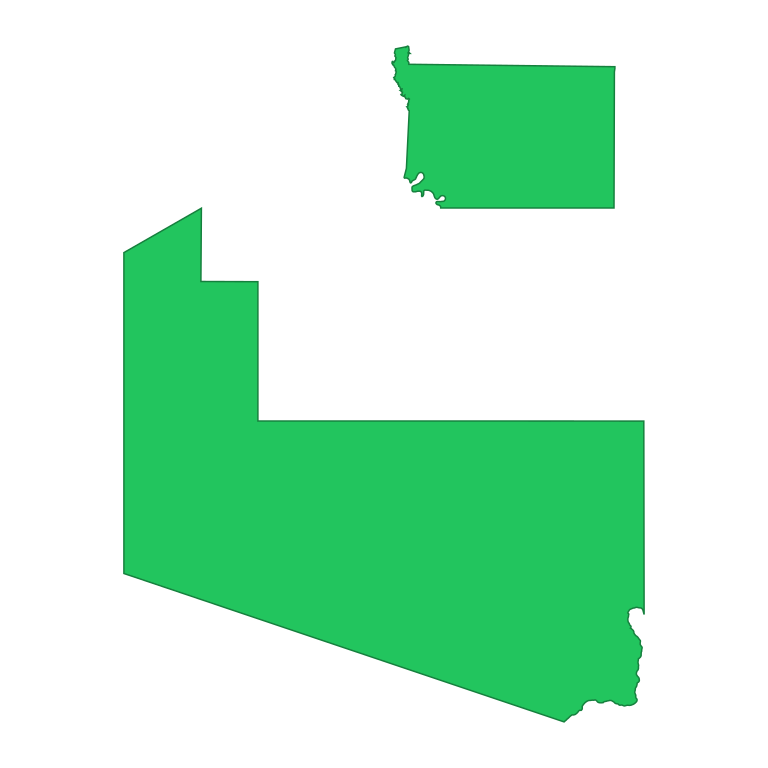 outline of Telefomin District, Sandaun, Papua New Guinea
{"feature_id": "67681753B11623984799605", "entity_name": "Telefomin District", "entity_type": "district", "adm_level": 2, "iso_a3": "PNG", "parent_name": "Papua New Guinea", "parent_adm1": "Sandaun", "projection": "mercator", "projection_center": [141.969, -4.517], "detail": "fine", "context": "isolated", "style": "filled", "palette": "green", "viewbox_px": 768, "rotation_deg": 0, "n_neighbors": 0, "source": "geoboundaries", "source_scale": "gbopen_adm2", "svg_char_len": 5910}
<svg xmlns="http://www.w3.org/2000/svg" viewBox="0 0 768 768"><path d="M257.9,281.7L200.9,281.5L201.4,208.2L123.9,252.6L123.9,573.5L564.1,721.9L565.5,720.6L565.8,720.4L566.3,720.0L567.3,718.9L567.7,718.7L568.2,718.2L568.6,717.9L570.1,716.3L570.5,716.1L570.9,715.7L572.0,714.9L573.7,714.9L575.1,714.5L576.0,713.9L577.3,712.8L577.9,712.1L578.6,711.1L579.4,710.4L579.6,710.3L580.2,710.3L581.0,710.4L581.4,710.2L581.9,709.6L581.9,709.4L582.1,709.2L582.3,708.2L582.2,706.4L582.8,705.4L583.4,704.5L585.3,702.4L587.6,700.9L588.8,700.5L590.7,700.4L591.7,700.2L592.9,700.1L593.0,700.2L593.9,700.2L594.4,700.1L594.8,699.9L595.3,699.9L596.2,700.4L596.8,701.0L597.6,702.0L598.0,702.2L598.5,702.5L600.0,702.8L602.0,702.8L602.5,702.6L603.0,702.7L603.2,702.4L603.4,702.3L603.8,702.0L604.2,701.7L604.9,701.5L605.9,701.4L606.3,701.2L606.6,701.2L607.0,701.0L609.2,700.6L609.5,700.4L611.3,700.5L613.6,701.8L614.4,702.5L614.9,703.1L615.6,703.5L616.8,703.8L617.6,703.8L618.0,704.0L619.0,704.9L619.7,705.2L620.9,705.1L621.9,705.0L623.7,705.8L624.1,705.9L624.8,705.9L626.9,705.3L627.5,705.2L629.4,705.4L630.9,705.2L631.3,705.0L631.7,705.0L632.3,704.6L633.1,704.4L634.3,703.7L635.2,703.0L636.6,701.6L636.9,700.9L637.0,700.4L637.1,699.9L636.9,699.1L636.5,698.5L636.1,698.1L635.8,697.5L635.7,697.1L635.7,695.9L635.8,695.9L635.8,695.3L635.7,694.9L634.9,693.2L634.8,692.7L634.8,691.9L634.9,691.3L635.1,690.7L635.3,689.5L635.3,688.6L635.6,687.8L636.3,686.8L636.3,686.7L636.5,686.5L636.7,685.8L637.0,684.6L637.1,683.5L637.3,682.9L637.8,682.5L638.4,682.2L638.7,681.8L639.1,681.3L639.2,680.8L639.4,680.1L639.2,679.7L639.2,678.8L638.9,678.0L638.7,677.5L637.4,676.1L636.5,674.6L636.4,674.4L636.4,672.8L636.6,672.5L636.6,671.9L637.0,671.2L638.0,669.9L638.2,669.4L638.5,668.2L638.5,667.9L638.4,667.8L638.4,666.4L638.6,666.0L638.6,665.2L638.5,664.7L638.2,663.8L638.2,663.5L638.0,662.9L638.1,661.1L638.4,659.7L638.3,659.0L638.4,658.8L638.7,658.5L639.0,658.3L639.3,658.2L640.0,657.5L640.5,657.0L641.1,655.8L641.2,652.9L641.4,651.8L641.6,651.5L641.7,650.8L641.7,649.8L642.1,648.0L642.1,647.4L642.0,647.1L641.6,646.5L640.9,645.7L640.2,644.4L640.2,642.6L640.4,641.8L640.4,640.8L640.2,640.3L639.7,639.9L638.6,638.3L638.3,637.9L637.8,637.2L637.1,636.5L636.0,635.8L635.0,634.8L634.9,634.5L634.3,633.8L633.9,632.9L633.8,631.8L633.7,631.6L633.7,631.3L633.5,630.9L633.0,630.2L631.4,628.7L630.4,628.2L630.9,627.4L631.0,626.8L631.0,626.4L630.7,625.8L630.0,625.3L629.4,624.2L629.4,623.9L629.2,623.6L629.2,623.3L628.5,622.6L628.1,621.6L627.9,620.5L627.8,618.9L628.0,617.9L628.5,616.3L628.5,615.6L628.6,615.2L628.8,614.4L628.7,614.1L628.7,613.8L628.4,613.5L628.0,613.4L627.9,613.1L627.9,612.3L628.5,611.5L629.3,610.1L629.8,609.5L630.5,609.2L633.1,608.1L634.7,607.9L635.8,607.4L636.5,607.3L637.4,607.4L638.9,607.8L640.6,607.9L641.6,608.3L642.2,608.9L642.8,609.8L644.1,614.5L643.8,421.1L505.6,421.0L257.9,421.0L257.9,281.7ZM406.0,46.8L395.5,48.9L394.5,52.6L394.5,53.2L394.9,53.7L395.3,54.3L395.4,55.0L395.0,55.6L394.9,56.0L395.1,56.5L395.5,56.8L396.0,57.8L395.7,58.9L395.6,60.1L395.2,60.8L394.9,61.0L394.6,61.0L394.4,61.3L394.2,62.3L393.9,62.6L393.3,62.7L393.0,62.4L392.9,62.0L392.7,61.4L392.3,61.5L392.1,62.1L392.0,62.9L392.1,63.6L392.6,64.3L393.1,65.1L393.6,65.1L393.8,65.4L394.2,66.5L394.5,67.2L394.9,67.6L395.4,68.1L395.7,68.6L395.6,68.8L395.7,69.3L395.9,69.8L395.5,70.3L395.5,70.9L396.0,71.2L396.2,71.6L396.2,72.0L396.1,72.4L395.8,73.2L395.8,73.6L395.7,74.1L395.2,74.6L395.2,74.9L395.3,75.3L395.3,75.8L395.2,76.4L394.9,76.7L393.9,77.4L393.7,77.7L394.0,78.0L394.6,78.4L394.7,78.7L394.4,79.1L394.3,79.5L394.7,79.6L395.4,80.1L396.1,81.4L396.4,81.8L397.2,82.7L398.0,82.5L398.2,83.0L397.9,84.1L398.4,84.3L398.9,85.1L398.6,85.7L398.8,86.3L399.4,86.4L399.9,87.1L400.8,89.4L401.4,89.0L402.0,88.9L401.7,90.2L401.0,90.1L400.2,90.4L400.9,90.9L401.6,91.7L402.5,92.2L402.1,93.1L402.1,94.3L401.0,94.5L401.4,95.2L403.4,96.3L404.1,95.6L404.7,95.2L404.6,96.0L404.6,96.7L405.5,97.6L405.7,98.6L407.4,99.1L408.7,98.4L409.4,99.1L408.8,100.2L408.5,102.7L407.9,103.4L408.4,104.2L407.6,104.8L408.1,105.6L407.6,106.4L406.8,106.8L407.6,107.5L407.6,108.3L408.1,108.8L408.1,109.6L408.6,110.3L409.2,110.7L409.2,111.4L406.4,168.4L404.1,177.4L404.5,178.1L406.2,178.0L406.8,178.1L408.7,179.0L409.5,180.1L410.0,182.1L410.3,182.7L410.6,182.9L411.0,182.8L411.5,182.4L411.8,181.5L412.5,180.8L413.7,180.1L414.6,179.7L415.3,179.2L415.7,178.8L415.9,178.0L416.4,177.2L416.5,176.7L417.8,174.3L419.2,172.8L420.8,172.4L421.9,172.6L422.8,173.2L423.6,174.3L424.1,176.2L424.1,177.5L424.0,178.4L423.1,179.5L420.4,182.2L419.6,183.1L418.7,183.7L417.4,184.2L416.6,184.7L413.8,185.7L412.7,186.3L412.3,186.7L412.1,187.0L412.0,187.7L412.0,188.8L412.1,190.0L412.1,190.5L412.2,190.9L413.0,191.7L413.3,191.8L415.6,191.8L417.3,191.3L418.2,191.2L419.9,191.2L420.2,191.3L421.0,191.8L421.3,192.1L421.5,192.7L421.7,193.5L421.7,194.1L421.6,195.2L421.6,196.0L421.9,196.5L422.1,196.5L422.6,196.3L423.0,195.9L423.6,194.6L423.7,192.7L423.7,191.5L423.9,190.8L424.3,190.4L424.6,190.2L425.0,190.1L428.7,190.3L430.0,190.8L430.9,191.2L431.7,191.8L433.1,193.2L433.6,194.1L433.8,194.7L434.0,195.3L434.3,196.3L434.7,197.3L435.4,198.4L436.2,199.0L436.8,199.2L437.5,199.2L437.9,199.0L438.6,198.5L440.0,196.8L440.5,196.3L441.0,195.9L442.2,195.6L443.2,195.7L443.6,195.8L444.3,196.2L445.0,196.8L445.5,198.0L445.4,199.1L445.3,199.5L445.0,200.1L444.1,201.0L443.5,201.3L442.0,201.4L440.6,201.6L437.2,201.5L436.6,201.7L436.3,202.0L436.0,202.5L436.0,203.3L436.1,203.5L436.4,203.9L437.2,204.6L438.7,205.0L439.4,205.3L440.2,206.0L440.6,206.6L440.7,207.4L440.7,208.0L614.0,208.0L614.4,71.9L614.9,68.5L614.9,66.7L408.8,64.3L408.8,62.3L408.5,62.0L407.7,61.0L407.4,60.4L407.9,59.8L408.2,59.1L407.7,58.0L407.7,57.2L408.3,55.7L408.5,54.5L408.7,54.1L408.1,53.1L408.7,53.0L409.3,53.4L410.0,53.4L408.5,52.0L408.9,51.0L409.1,50.1L408.6,46.6L407.8,46.1L407.2,46.2L406.7,46.7L406.0,47.1L406.0,46.8Z" fill="#22c55e" stroke="#15803d" stroke-width="1.5"/></svg>